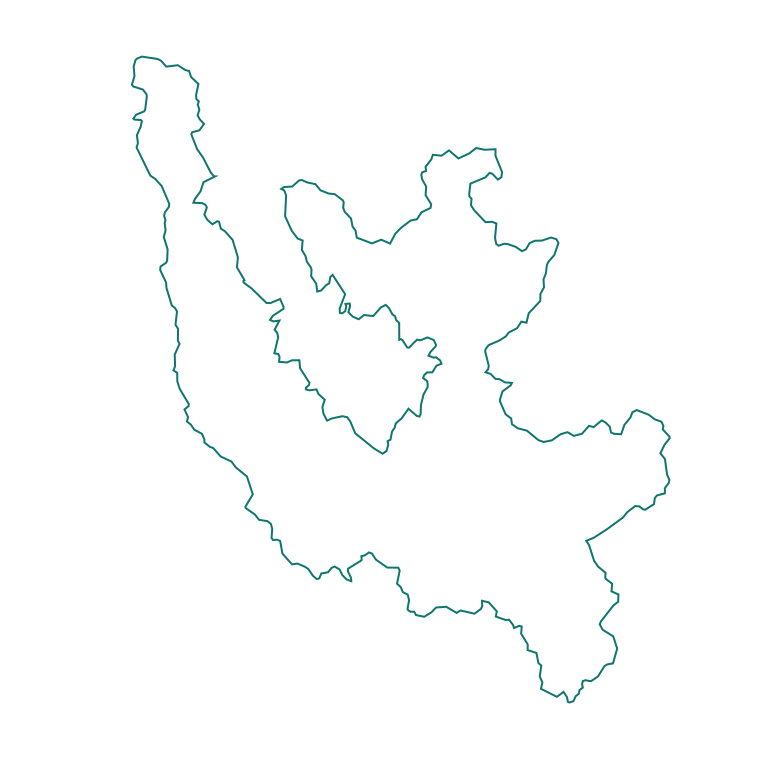 Hoa An, Cao Bằng, Vietnam, rotated 189°
{"feature_id": "81297802B75378675708985", "entity_name": "Hoa An", "entity_type": "district", "adm_level": 2, "iso_a3": "VNM", "parent_name": "Vietnam", "parent_adm1": "Cao Bằng", "projection": "albers", "projection_center": [106.208, 22.687], "detail": "fine", "context": "isolated", "style": "outline", "palette": "teal", "viewbox_px": 768, "rotation_deg": 189, "n_neighbors": 0, "source": "geoboundaries", "source_scale": "gbopen_adm2", "svg_char_len": 6152}
<svg xmlns="http://www.w3.org/2000/svg" viewBox="0 0 768 768"><g transform="rotate(189 384 384)"><path d="M583.2,562.7L584.7,562.6L588.6,566.3L598.2,579.4L605.3,586.7L613.4,600.5L612.8,602.7L606.1,605.6L602.4,612.7L607.4,616.6L610.1,620.2L609.3,626.2L611.7,630.9L611.1,634.1L613.9,636.2L614.8,640.0L614.2,651.3L622.6,657.0L625.4,662.6L629.3,663.0L637.5,666.6L648.7,663.4L654.9,668.5L658.5,669.6L674.2,669.5L678.6,667.0L680.1,665.1L680.9,658.4L678.6,649.0L679.8,640.3L678.1,638.6L668.2,637.1L663.8,632.9L663.2,630.3L662.8,617.3L663.6,615.7L670.8,611.3L673.1,606.9L671.9,606.1L665.7,606.7L664.3,605.8L664.6,600.0L667.0,591.1L664.7,583.3L665.4,578.9L647.4,553.3L642.1,550.8L634.6,544.8L624.3,528.4L624.1,525.5L627.2,519.3L627.5,515.8L625.5,511.7L625.8,508.7L623.8,501.6L624.5,494.7L618.8,483.2L617.5,471.9L618.1,469.7L623.1,465.1L622.9,461.6L615.1,450.1L613.9,444.9L605.9,428.4L602.1,426.2L599.8,423.2L599.2,409.9L596.0,406.2L594.4,394.6L592.2,391.7L595.3,380.3L593.1,368.8L594.1,364.5L590.0,362.7L588.6,354.4L585.0,347.2L573.6,333.6L573.6,331.5L577.1,327.7L572.4,320.7L572.8,316.1L568.4,313.7L564.3,309.2L556.0,306.3L552.8,301.3L552.1,298.1L546.2,294.7L542.6,294.0L533.9,286.8L522.6,283.6L517.3,278.4L504.9,271.2L496.3,254.5L501.7,241.1L501.2,239.8L490.9,234.8L486.2,230.3L477.7,230.3L473.7,228.0L471.7,223.2L471.0,214.4L469.3,212.6L465.1,213.5L462.0,212.7L457.8,200.6L447.6,192.2L446.5,191.5L441.3,193.1L433.4,191.1L429.8,189.4L424.0,183.3L419.8,180.8L417.5,181.9L416.3,187.0L409.8,189.3L407.0,194.2L404.2,196.0L398.9,193.9L395.4,188.9L390.6,185.2L385.5,184.1L386.2,187.3L390.5,193.6L390.6,196.0L379.5,205.5L378.5,206.9L379.4,210.4L376.4,211.6L372.5,215.3L369.6,214.8L364.4,209.2L352.1,203.2L341.1,204.8L339.3,202.1L339.9,188.8L335.7,186.0L332.8,181.4L327.6,179.6L325.4,174.3L325.6,165.6L324.6,164.2L322.1,163.2L318.5,163.8L316.2,160.8L307.8,160.4L301.3,166.1L297.6,171.4L287.7,173.7L276.4,169.3L272.9,172.3L258.7,171.3L253.1,177.0L252.2,180.0L253.3,185.2L246.4,184.7L237.0,177.1L237.2,171.8L226.8,169.9L223.7,170.8L219.0,166.4L217.4,163.3L212.7,166.3L210.1,166.0L209.4,158.7L201.3,149.3L200.5,143.7L191.4,142.2L187.8,132.5L184.6,130.6L184.4,119.4L180.9,114.1L181.3,107.5L164.3,102.1L158.5,108.0L154.3,103.4L152.7,98.8L151.0,98.4L147.3,100.4L145.8,105.7L143.2,108.4L143.0,112.3L140.1,115.2L141.4,118.4L141.2,121.6L138.9,122.9L133.1,122.8L126.9,128.6L122.2,139.8L119.7,141.9L114.1,143.9L112.3,159.2L118.1,170.6L129.6,175.5L133.3,180.3L132.7,183.2L122.7,201.3L118.7,205.4L119.5,212.8L126.9,214.8L127.4,222.4L134.1,226.0L135.2,227.3L135.6,232.1L144.0,237.2L148.8,242.2L156.3,257.0L159.7,260.7L152.7,265.0L141.5,275.0L126.9,289.7L123.9,295.2L116.9,302.7L112.6,303.1L108.5,300.7L106.3,300.7L98.5,307.6L98.7,313.6L97.0,316.6L89.5,319.9L90.3,325.0L87.2,331.1L87.1,334.0L90.2,338.7L94.8,353.9L100.2,358.8L97.5,367.7L93.3,375.2L93.8,376.6L101.6,382.8L101.5,386.3L104.0,390.1L111.1,391.5L117.8,395.1L130.3,397.8L134.3,394.9L135.3,389.6L140.2,381.2L141.9,371.5L149.0,370.8L152.1,371.6L154.4,377.2L159.1,380.6L163.3,382.1L170.2,374.2L174.9,374.8L180.7,365.8L188.4,362.5L195.3,365.1L201.6,362.1L209.4,354.6L217.3,351.7L222.9,352.8L235.6,360.3L245.0,361.2L251.3,364.3L253.0,369.8L259.2,373.2L266.7,384.9L267.0,387.1L265.8,395.2L258.6,402.6L257.8,405.1L264.7,404.5L270.7,406.8L274.8,406.5L280.2,410.6L285.6,411.5L283.5,414.7L283.3,418.2L289.1,431.9L289.2,434.1L286.8,438.7L276.6,445.2L271.1,450.1L268.8,454.4L261.2,460.0L258.1,467.1L252.9,466.8L252.1,476.6L242.6,490.5L243.6,497.4L241.1,504.5L242.8,512.3L241.4,518.7L241.7,527.0L241.1,529.7L235.9,538.2L233.8,550.6L236.4,554.0L242.0,554.8L250.3,550.4L257.4,549.1L262.2,546.0L264.8,539.3L268.4,536.8L275.5,540.1L283.9,541.6L287.4,541.3L292.4,538.5L295.1,539.9L297.2,545.7L298.1,560.1L302.6,561.1L309.1,559.7L322.2,569.8L326.1,574.2L326.5,580.6L329.0,582.6L329.6,585.3L330.0,595.4L316.1,604.0L312.8,609.0L310.0,608.7L303.5,603.7L300.4,606.6L300.5,611.7L309.6,626.9L310.6,633.3L321.3,631.1L329.9,631.5L335.9,625.0L345.8,618.4L356.3,624.9L362.9,618.5L371.6,618.0L372.4,613.3L376.9,605.0L375.8,601.0L379.4,599.0L379.9,596.5L378.4,592.2L373.2,585.5L372.5,577.1L365.5,568.9L365.6,565.1L373.8,559.5L377.2,551.9L383.3,549.6L391.6,540.9L396.3,534.3L400.0,523.6L409.3,526.1L417.9,521.0L433.8,524.3L436.1,531.0L439.6,534.4L442.5,542.3L449.8,548.0L451.9,551.7L452.2,557.1L453.3,558.9L462.1,563.7L468.8,563.5L477.1,565.4L482.9,570.6L491.5,571.1L497.0,572.6L499.7,571.8L505.5,564.7L513.5,562.9L516.0,560.6L512.8,559.6L510.2,555.0L507.9,534.1L498.9,520.7L492.1,514.2L486.8,513.0L486.1,503.6L481.5,498.0L479.3,492.7L474.6,487.8L473.5,485.8L472.8,479.0L466.7,472.6L464.4,464.9L460.7,466.5L456.6,472.6L453.9,474.8L453.7,481.4L451.8,483.7L436.4,466.6L439.6,451.7L438.7,447.3L436.3,447.3L433.7,449.9L433.4,454.6L434.6,457.0L430.5,458.1L429.7,455.6L430.4,449.3L425.3,445.6L419.1,444.0L414.5,449.0L405.2,449.4L399.2,459.1L394.7,462.4L391.1,459.9L386.4,453.9L383.7,452.7L382.0,449.0L378.6,446.8L375.8,430.0L374.3,431.0L372.7,430.3L366.8,423.7L365.0,423.8L358.3,433.0L354.8,432.9L348.3,436.8L341.7,435.2L338.8,430.9L338.8,429.4L343.2,422.7L344.5,418.9L339.1,417.8L336.7,418.5L332.3,416.1L330.4,413.0L335.0,410.3L338.1,403.1L343.5,402.1L345.8,398.8L346.3,396.0L341.7,393.5L340.7,389.9L340.5,387.5L343.3,379.9L344.2,369.2L343.1,359.7L343.9,357.4L346.6,357.6L356.0,363.4L361.1,353.0L366.2,346.9L366.6,342.7L368.6,338.4L368.9,330.0L371.5,328.1L370.3,324.9L371.0,318.2L374.5,314.9L384.0,318.9L404.7,330.8L411.3,341.5L415.0,345.4L420.0,345.7L430.4,341.7L434.5,338.9L439.2,345.3L441.2,351.6L440.1,359.2L447.1,363.8L449.8,368.1L456.7,366.1L460.4,366.5L460.5,368.1L457.9,371.4L457.8,373.5L469.3,386.3L471.3,394.2L478.4,393.1L483.2,390.1L491.1,389.5L491.4,394.5L493.0,397.0L497.1,397.2L495.8,413.6L497.4,417.7L500.5,420.5L497.2,430.3L503.2,428.5L506.6,429.5L504.5,433.9L495.1,442.5L495.3,444.6L499.9,451.7L509.0,446.1L512.8,445.7L529.8,457.7L538.5,462.2L538.9,463.9L538.0,464.7L547.5,476.2L548.1,486.2L556.1,502.7L565.2,510.1L569.4,511.9L572.4,518.5L574.1,518.7L578.4,514.9L584.3,518.6L587.9,523.2L586.6,530.6L588.3,533.0L592.0,534.2L600.6,533.2L599.7,537.2L595.4,545.5L593.8,555.1L583.2,562.7Z" fill="none" stroke="#0f766e" stroke-width="2"/></g></svg>